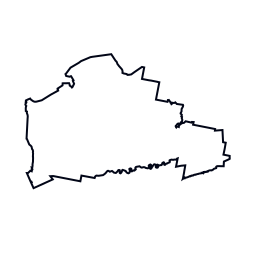 the district of Ances pag., Ventspils, Latvia, rotated 187°
{"feature_id": "27541924B94862337906440", "entity_name": "Ances pag.", "entity_type": "district", "adm_level": 2, "iso_a3": "LVA", "parent_name": "Latvia", "parent_adm1": "Ventspils", "projection": "mercator", "projection_center": [21.993, 57.524], "detail": "fine", "context": "isolated", "style": "outline", "palette": "ink", "viewbox_px": 256, "rotation_deg": 187, "n_neighbors": 0, "source": "geoboundaries", "source_scale": "gbopen_adm2", "svg_char_len": 5355}
<svg xmlns="http://www.w3.org/2000/svg" viewBox="0 0 256 256"><g transform="rotate(187 128 128)"><path d="M214.4,56.8L196.4,67.8L199.2,70.7L196.3,71.2L168.8,69.3L168.4,75.1L155.0,74.3L154.9,74.6L154.8,75.4L154.7,75.8L154.3,76.3L153.6,76.9L151.3,77.0L147.0,78.2L145.5,79.6L144.5,80.8L144.0,81.7L143.2,82.8L142.9,83.0L142.1,83.1L140.7,82.4L139.1,83.2L138.6,83.4L138.2,83.2L136.5,82.0L134.6,81.9L134.2,82.3L133.1,83.7L132.6,84.8L132.0,85.2L131.4,85.2L131.1,85.1L130.9,84.7L130.9,84.2L130.9,83.1L130.7,82.4L130.4,82.2L129.9,82.1L129.5,82.5L129.1,83.2L128.9,83.7L128.6,85.2L128.5,85.6L128.2,85.8L126.7,85.5L126.1,85.2L125.4,85.2L124.7,84.7L124.3,84.0L123.8,83.6L122.7,83.2L122.1,83.1L121.2,83.7L121.0,84.2L121.0,85.6L121.2,86.6L121.3,86.9L121.6,87.2L121.7,87.4L121.5,87.7L120.9,88.1L120.4,88.2L119.8,87.9L119.7,87.6L119.9,86.2L119.5,85.5L118.9,85.4L117.9,86.4L117.2,86.6L116.8,86.4L116.6,86.5L116.3,86.7L116.2,87.0L115.6,87.4L115.4,87.8L115.3,88.0L115.8,88.3L115.7,89.3L115.8,89.6L115.4,90.2L114.6,90.6L111.9,91.4L110.5,90.6L109.9,90.4L109.4,90.4L108.2,90.9L107.4,91.1L106.5,91.0L105.7,90.6L105.3,90.5L103.4,90.4L102.5,91.1L102.3,91.5L102.4,92.4L102.8,92.8L102.8,93.3L102.6,93.6L102.2,94.0L101.4,94.5L100.7,94.2L100.5,93.9L100.4,93.6L100.5,93.1L100.8,92.7L101.5,92.0L101.6,91.3L101.6,91.0L101.4,90.6L101.1,90.4L100.8,90.2L100.4,90.3L100.0,90.6L99.8,90.9L99.7,91.6L99.6,91.9L99.2,92.3L99.2,92.6L99.3,93.0L99.2,93.1L98.5,93.6L98.1,94.6L97.9,94.9L97.3,95.2L96.6,95.1L96.0,94.8L95.9,94.5L95.8,93.4L95.6,92.5L95.4,92.3L94.8,92.1L94.0,92.2L93.6,92.5L93.5,92.9L93.5,93.3L93.8,93.7L94.4,93.9L94.8,94.3L95.0,94.7L94.9,95.0L94.5,95.2L94.2,95.2L93.6,95.0L93.0,94.6L92.5,94.5L91.4,95.1L90.5,95.2L90.2,95.4L90.0,95.6L89.7,96.8L89.6,97.4L89.5,97.6L88.5,98.3L88.1,98.2L87.9,97.9L87.8,97.5L87.9,97.3L88.0,97.0L87.6,96.1L87.4,95.9L87.0,95.9L86.6,96.1L85.8,97.2L85.3,97.5L84.7,97.6L83.9,98.3L82.5,99.0L82.4,99.2L82.4,100.0L82.6,100.3L82.8,100.9L82.7,101.0L82.4,101.3L81.0,101.9L79.3,101.9L78.2,102.3L76.5,102.5L76.1,102.8L75.6,103.6L75.0,103.9L75.6,95.4L70.7,97.0L66.6,97.9L66.6,97.7L66.9,92.0L66.9,91.0L67.3,84.6L67.4,84.1L66.2,85.1L65.6,85.1L65.5,85.4L65.4,85.3L65.3,85.5L64.9,85.6L64.6,85.8L64.3,85.8L62.7,86.5L61.1,87.5L60.5,87.5L60.2,87.7L60.2,87.9L59.6,88.0L59.4,88.4L59.2,88.5L58.8,88.6L58.2,88.6L58.0,88.8L57.4,88.9L57.3,89.2L56.6,89.6L56.0,89.7L55.8,89.9L55.5,90.0L55.2,89.9L54.8,90.2L54.3,90.3L54.1,90.5L52.8,91.0L52.5,91.0L51.9,91.4L49.7,92.0L49.3,92.3L49.0,92.3L48.9,92.3L49.0,92.5L48.9,92.5L48.0,92.8L48.0,93.3L47.8,93.5L47.5,93.5L47.4,93.3L47.3,93.6L46.8,93.7L46.5,93.7L46.4,93.5L46.2,93.6L46.3,93.7L46.1,93.9L45.5,93.8L45.0,94.0L44.7,94.0L44.4,94.1L44.5,94.4L44.2,94.6L43.9,94.7L43.3,94.7L43.3,94.9L43.2,94.9L42.9,95.3L42.1,95.8L40.7,96.1L39.8,96.1L39.7,96.3L38.5,97.0L37.8,97.9L37.1,98.3L36.6,98.5L35.6,98.9L35.5,99.2L35.7,100.1L35.7,100.3L35.2,100.8L34.4,101.1L28.4,101.7L28.7,106.1L28.7,106.4L24.4,109.0L23.3,109.8L23.7,112.7L30.0,113.2L29.5,119.2L29.2,125.3L31.9,125.5L34.0,137.5L41.4,136.0L41.4,137.6L63.8,139.2L63.6,141.9L65.4,141.8L65.5,141.6L65.7,141.1L71.6,141.7L73.0,140.0L75.3,139.2L76.9,137.6L77.7,136.8L77.7,135.2L78.4,135.4L79.9,135.2L80.2,134.5L80.5,134.8L80.7,135.3L80.9,135.6L80.9,135.8L80.8,136.0L80.3,136.4L79.9,137.4L79.3,138.1L78.7,138.6L77.9,138.4L76.7,138.9L75.9,140.5L75.3,141.0L75.2,141.2L75.1,142.7L75.3,143.2L75.9,144.5L75.7,145.3L75.7,145.6L76.5,146.1L76.3,146.7L76.2,147.1L76.2,147.3L76.2,147.7L77.5,148.7L77.6,149.1L76.9,150.9L77.1,153.4L76.1,155.9L76.0,157.1L76.3,157.7L82.5,157.8L84.2,159.2L84.9,158.6L85.9,158.4L87.8,158.5L87.1,157.7L87.8,157.0L88.7,158.3L89.0,158.4L89.3,159.2L90.0,159.8L90.9,160.8L91.6,160.5L91.8,160.5L91.8,159.9L92.0,158.8L103.7,159.6L102.5,177.2L103.9,177.3L104.3,177.4L111.0,177.9L112.7,177.9L120.1,178.4L119.3,190.1L121.6,190.3L128.4,184.3L131.3,181.6L133.9,180.8L134.4,180.9L134.9,180.7L135.2,181.0L135.6,181.0L136.0,181.4L138.8,181.6L140.2,182.0L140.3,183.5L140.7,184.7L141.4,185.7L144.6,188.5L145.3,189.3L146.1,190.0L147.4,192.4L148.6,193.3L153.6,199.2L172.1,194.3L174.0,193.7L182.7,188.7L184.8,186.7L192.4,180.9L196.2,174.3L196.6,173.9L195.7,172.1L192.2,171.8L190.9,172.5L190.6,172.2L187.9,168.7L188.5,168.1L186.9,165.3L187.9,162.5L188.7,162.1L188.4,161.6L188.6,161.4L189.3,162.1L191.0,163.0L191.3,164.2L191.9,165.3L198.3,164.4L198.2,162.3L202.5,158.7L202.3,158.5L202.5,158.2L202.3,157.9L202.5,157.6L201.9,156.6L208.7,151.7L217.0,145.0L222.1,143.0L223.5,142.7L224.5,142.8L225.7,143.2L227.7,144.3L228.2,144.7L228.7,145.3L230.7,144.2L232.7,142.9L232.7,142.3L232.5,142.1L232.6,141.9L232.3,141.6L232.4,141.3L232.2,141.2L232.3,140.7L232.1,140.6L232.2,140.4L232.6,140.2L232.5,139.9L232.6,139.6L232.6,139.0L232.7,138.8L232.3,138.1L232.0,137.5L231.7,137.4L231.9,136.1L231.9,135.3L231.5,132.4L230.3,132.0L230.3,130.8L230.0,130.1L229.5,129.2L229.2,128.5L228.9,127.1L228.8,125.0L227.4,105.2L227.2,105.2L224.0,99.6L222.4,98.6L221.5,97.8L220.6,95.3L220.0,94.8L219.4,93.4L219.5,92.5L219.1,91.1L219.0,89.2L218.8,88.1L218.9,87.8L218.6,87.0L218.2,82.7L218.3,81.7L218.3,79.7L218.1,78.8L218.2,78.0L218.2,76.5L218.5,76.6L218.4,76.4L218.5,76.3L218.3,76.0L218.4,75.8L218.2,75.6L218.0,75.4L218.2,75.2L218.3,74.8L218.4,74.5L218.7,74.3L218.4,74.1L218.5,74.0L218.3,73.7L218.3,73.3L219.8,73.6L221.7,71.2L222.9,71.0L218.3,63.2L217.4,63.1L216.9,62.3L217.5,61.9L214.4,56.8Z" fill="none" stroke="#020617" stroke-width="2"/></g></svg>